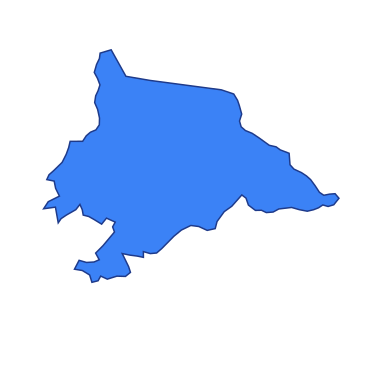 outline of Aratuba, Ceará, Brazil, rotated 286°
{"feature_id": "56859067B93489736245944", "entity_name": "Aratuba", "entity_type": "district", "adm_level": 2, "iso_a3": "BRA", "parent_name": "Brazil", "parent_adm1": "Ceará", "projection": "mercator", "projection_center": [-39.036, -4.434], "detail": "fine", "context": "isolated", "style": "filled", "palette": "blue", "viewbox_px": 384, "rotation_deg": 286, "n_neighbors": 0, "source": "geoboundaries", "source_scale": "gbopen_adm2", "svg_char_len": 1630}
<svg xmlns="http://www.w3.org/2000/svg" viewBox="0 0 384 384"><g transform="rotate(286 192 192)"><path d="M306.4,75.1L300.2,65.4L294.8,66.2L288.3,65.1L280.0,65.1L275.1,69.9L269.6,74.0L263.5,73.8L257.9,72.9L251.1,73.8L245.4,78.5L237.6,82.7L231.0,84.4L225.2,82.5L221.5,77.9L217.0,74.9L210.6,72.9L207.1,60.9L200.7,61.2L193.6,60.7L184.7,59.0L174.5,53.2L169.2,49.8L163.9,49.0L164.5,56.5L157.9,59.9L151.5,65.7L143.1,56.5L135.0,54.0L139.8,64.9L125.5,71.9L130.3,73.5L135.3,77.7L143.0,85.2L149.2,87.7L144.7,91.4L139.8,93.8L140.0,99.5L138.6,105.3L136.2,114.0L143.3,117.0L141.9,126.5L136.6,125.3L132.2,128.5L125.9,125.7L115.8,121.2L106.7,116.2L101.3,121.5L97.7,117.1L95.2,110.0L95.2,102.3L85.4,100.3L86.3,108.2L84.0,116.5L77.6,120.7L80.8,126.2L86.0,127.4L84.9,134.6L90.4,143.0L92.5,151.3L97.8,155.0L102.7,151.7L113.6,141.9L114.2,149.7L115.3,157.0L115.8,163.3L121.3,161.7L121.3,168.9L123.6,174.8L129.1,178.4L144.5,186.8L152.5,192.3L159.5,200.1L160.7,208.0L159.3,217.2L163.2,224.4L170.5,224.2L182.0,228.4L189.3,234.2L202.9,240.7L201.0,245.6L195.0,249.8L191.8,258.0L193.6,263.8L192.7,269.1L195.1,275.5L199.6,280.1L202.0,285.8L204.6,292.0L204.6,300.1L205.3,308.1L208.5,313.8L211.7,318.0L215.6,321.3L215.6,326.8L218.8,331.8L226.5,335.0L229.8,330.0L227.9,324.9L225.2,319.6L226.8,314.6L231.8,308.8L236.6,302.6L239.0,297.6L240.8,291.9L242.1,283.7L245.2,278.7L256.0,274.7L256.8,265.2L258.6,260.4L258.2,253.4L262.5,241.5L265.0,233.6L265.8,226.4L268.2,221.3L273.3,218.1L280.6,218.3L288.4,213.5L292.7,210.5L297.7,205.1L298.3,192.1L295.0,170.0L290.5,139.7L287.7,121.0L285.0,96.6L306.4,75.1Z" fill="#3b82f6" stroke="#1e3a8a" stroke-width="1.5"/></g></svg>